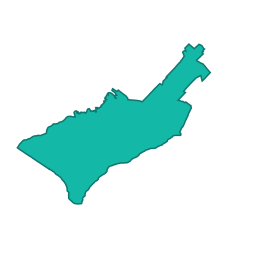 outline of Parava, Bacau, Romania, rotated 330°
{"feature_id": "2599482B9690347747370", "entity_name": "Parava", "entity_type": "district", "adm_level": 2, "iso_a3": "ROU", "parent_name": "Romania", "parent_adm1": "Bacau", "projection": "equal_earth", "projection_center": [26.963, 46.307], "detail": "fine", "context": "isolated", "style": "filled", "palette": "teal", "viewbox_px": 256, "rotation_deg": 330, "n_neighbors": 0, "source": "geoboundaries", "source_scale": "gbopen_adm2", "svg_char_len": 5575}
<svg xmlns="http://www.w3.org/2000/svg" viewBox="0 0 256 256"><g transform="rotate(330 128 128)"><path d="M227.0,121.1L226.7,120.3L226.5,118.7L226.1,116.9L225.4,112.4L224.9,109.9L224.0,108.8L222.8,107.1L222.2,105.7L221.3,104.5L221.2,103.6L230.2,101.4L229.7,99.9L231.4,99.4L231.1,98.7L233.7,97.9L233.3,97.0L233.2,96.0L233.2,94.3L233.0,93.4L231.4,91.1L225.0,92.4L222.7,85.8L217.2,87.3L216.6,89.9L216.4,89.5L214.2,89.3L213.3,89.7L213.2,89.9L213.3,90.2L213.1,91.0L212.6,93.9L208.8,95.8L207.2,96.3L206.8,96.9L206.4,97.1L205.7,97.0L203.4,97.7L197.9,99.6L186.9,102.8L186.4,103.1L186.9,103.8L181.9,105.0L182.1,105.3L179.1,107.7L177.8,105.5L174.8,106.2L174.6,106.4L170.1,107.5L168.7,108.0L165.3,109.0L164.2,109.2L162.4,109.9L153.4,112.4L151.9,110.6L150.4,109.3L145.8,106.0L144.8,105.4L143.3,104.3L142.1,103.5L142.5,102.5L142.6,102.1L142.6,101.6L142.5,101.3L142.4,99.7L142.0,98.9L141.4,97.3L141.0,96.6L140.7,95.8L138.7,90.8L138.5,90.3L136.6,90.8L134.4,86.3L133.5,86.8L133.2,87.2L132.9,87.5L133.1,88.1L134.5,90.9L134.3,92.2L134.5,93.9L134.0,93.6L133.5,93.5L132.7,94.1L132.5,94.4L132.4,94.9L132.5,96.3L132.2,96.2L131.9,95.6L131.8,95.1L131.8,94.6L132.2,93.2L132.2,92.6L131.7,91.8L131.8,91.3L131.3,90.6L131.2,89.8L130.9,89.6L130.6,89.5L130.3,88.8L129.7,88.1L128.8,87.8L128.0,88.4L127.6,89.0L127.6,88.0L126.9,88.3L126.0,89.1L125.5,89.2L124.6,90.1L124.1,89.9L123.7,90.0L123.2,90.4L123.1,90.6L122.6,90.9L122.6,91.1L123.0,91.8L123.7,92.3L123.8,92.5L123.7,92.6L123.0,92.2L122.7,92.1L122.2,92.7L122.2,93.0L121.9,93.3L121.5,93.3L121.5,93.2L120.8,92.6L120.5,92.5L120.4,92.6L120.4,93.0L120.8,93.7L120.6,94.0L119.6,94.3L119.4,94.2L119.3,94.4L118.7,94.5L117.9,94.8L116.9,94.9L116.8,95.1L116.0,95.0L115.7,95.7L115.0,95.9L114.8,96.3L114.4,96.2L112.9,96.1L112.4,96.2L111.9,96.1L111.8,95.9L111.9,95.1L111.5,95.0L111.4,95.3L111.7,95.5L111.6,96.0L110.7,96.0L110.6,95.9L110.6,95.7L110.7,95.4L110.7,95.1L110.8,94.5L110.5,94.2L110.2,94.2L110.2,94.4L110.0,95.6L109.6,95.7L109.4,96.1L109.1,96.2L108.8,97.9L108.7,98.1L108.2,98.1L108.3,96.7L108.2,96.3L108.2,96.2L107.8,96.1L107.6,96.2L107.0,96.0L106.8,95.8L106.7,96.1L106.5,96.3L105.8,95.8L105.6,95.8L105.5,95.6L105.1,95.2L104.1,94.9L104.0,94.7L104.3,94.0L104.3,93.6L104.1,93.2L104.2,92.5L104.1,91.9L102.6,91.5L102.1,91.9L101.5,92.1L101.1,92.7L100.5,93.1L99.8,93.5L99.2,93.5L99.2,93.8L98.6,93.8L98.6,93.5L98.2,93.1L98.2,92.6L96.5,92.0L95.7,91.3L95.5,90.9L95.1,90.8L94.4,91.3L93.8,91.4L93.1,91.4L91.3,89.5L91.6,88.9L93.1,90.3L93.2,90.0L92.9,89.5L92.8,89.0L92.1,88.0L91.9,87.5L91.6,87.3L91.4,87.4L90.7,87.0L89.9,87.1L89.0,87.7L88.8,88.0L88.5,89.4L87.8,92.0L85.5,90.6L84.9,89.8L84.6,89.5L82.1,88.1L80.9,88.0L79.4,88.2L79.0,88.4L77.6,89.0L76.2,89.3L74.4,89.5L73.7,89.4L71.2,88.7L69.8,89.0L69.1,88.9L67.6,88.4L66.9,88.1L65.8,87.3L65.5,87.2L65.1,87.2L64.2,87.6L62.3,87.9L60.6,87.6L59.7,87.5L59.1,87.6L58.4,87.9L56.5,89.3L55.7,90.3L55.4,91.0L55.0,91.4L54.5,91.6L53.8,91.6L52.4,91.3L51.5,91.3L51.1,91.2L50.0,91.0L48.8,90.9L48.3,90.7L46.3,89.3L45.1,89.1L42.3,87.9L39.7,87.9L38.5,88.1L37.9,88.1L36.5,87.6L34.9,87.6L33.7,87.3L32.1,86.5L31.5,86.4L30.4,86.5L28.8,87.1L26.5,87.7L25.7,88.0L23.8,89.1L22.3,89.8L22.6,90.6L24.9,95.4L25.2,95.7L25.5,96.6L27.5,100.7L29.0,103.6L29.5,104.3L30.6,106.9L31.2,108.1L33.4,112.7L34.5,114.6L35.4,116.7L36.8,119.3L36.7,119.5L36.9,119.7L37.3,120.5L37.5,120.7L37.8,121.5L38.0,121.7L38.2,122.4L38.8,123.2L38.9,123.7L39.3,123.9L39.5,124.5L39.3,124.6L40.4,126.0L41.0,127.3L41.0,127.5L41.8,128.8L42.1,129.9L42.5,132.0L43.0,133.0L43.3,133.2L45.1,137.6L45.1,138.0L45.1,138.3L45.1,139.8L45.5,141.3L45.5,141.8L45.8,142.4L45.9,145.3L45.7,146.5L45.7,147.3L45.3,149.5L44.9,150.1L44.8,150.6L44.0,151.8L43.9,152.2L44.3,153.4L44.5,154.1L43.8,155.4L43.4,155.7L43.0,156.4L42.7,157.3L41.8,158.6L41.6,159.1L41.6,160.3L42.4,162.7L43.0,164.7L43.5,165.9L44.0,166.6L44.6,167.2L46.6,168.7L49.9,170.2L50.5,169.8L51.7,168.5L52.8,167.8L53.0,167.5L53.5,166.1L54.4,165.6L55.3,165.6L56.5,165.3L56.8,165.2L57.3,164.7L57.8,163.7L58.2,163.3L58.8,162.7L59.7,162.1L61.1,161.6L61.7,161.9L62.3,161.7L63.4,161.3L65.4,160.0L68.4,159.1L71.0,158.5L72.6,157.9L73.4,157.9L74.7,158.0L76.0,157.7L76.6,157.5L77.4,156.6L78.8,156.1L81.6,155.9L83.8,155.9L85.4,155.9L87.1,155.5L88.2,154.9L88.6,154.2L89.2,153.6L91.4,152.2L92.1,152.1L93.6,152.1L94.3,152.2L94.4,152.3L95.0,152.4L95.2,152.6L96.4,152.7L96.5,152.8L97.1,152.7L98.1,153.0L98.9,153.1L99.0,153.4L100.6,153.5L101.2,153.6L102.2,154.1L104.6,154.8L105.7,155.6L106.5,155.9L106.8,156.2L107.6,156.5L107.8,156.6L109.1,157.3L110.2,157.7L113.1,157.8L115.1,157.1L117.2,156.8L118.9,157.1L120.8,157.3L122.4,157.3L122.9,157.2L124.3,156.7L125.1,156.2L128.3,156.1L130.6,156.3L132.6,156.1L134.9,156.7L136.8,156.9L138.0,157.3L140.2,158.6L142.1,159.2L144.4,159.0L146.8,159.2L149.2,159.7L150.7,159.3L153.1,159.3L154.8,159.2L155.3,159.1L155.9,158.4L156.9,158.0L157.6,157.9L159.4,158.2L160.8,157.8L161.9,157.9L162.7,157.5L163.1,157.4L164.6,157.7L168.1,159.6L169.0,160.3L170.0,160.6L170.6,159.9L171.0,158.9L170.9,158.7L170.4,158.1L170.4,157.8L170.6,157.6L173.9,155.2L174.6,154.8L175.5,154.1L175.9,154.4L177.9,153.1L179.2,152.2L180.7,150.9L186.2,147.2L186.3,146.7L191.5,143.2L192.5,142.6L193.0,142.0L193.2,141.5L193.2,140.8L193.2,140.3L193.5,140.1L194.1,140.4L193.3,139.5L193.0,139.0L192.6,137.9L191.8,136.2L191.6,135.5L191.2,134.7L190.8,134.3L189.7,134.4L188.9,132.5L187.7,131.7L186.8,130.7L186.2,129.7L185.7,129.2L185.6,129.3L185.4,129.1L185.5,129.1L185.5,128.9L195.5,126.0L194.3,124.1L198.8,122.5L206.4,120.2L212.0,118.7L217.1,118.9L217.3,119.4L216.6,121.1L215.7,124.4L217.7,124.0L227.0,121.1Z" fill="#14b8a6" stroke="#0f766e" stroke-width="1.5"/></g></svg>